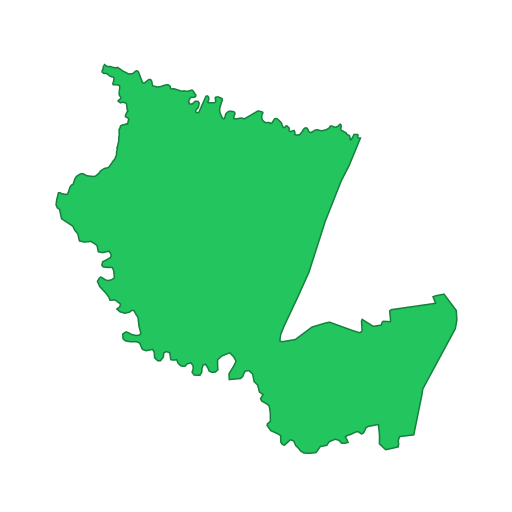 outline of Arbolito, Cerro Largo, Uruguay, rotated 174°
{"feature_id": "84410073B155313044366", "entity_name": "Arbolito", "entity_type": "district", "adm_level": 2, "iso_a3": "URY", "parent_name": "Uruguay", "parent_adm1": "Cerro Largo", "projection": "mercator", "projection_center": [-54.143, -32.623], "detail": "fine", "context": "isolated", "style": "filled", "palette": "green", "viewbox_px": 512, "rotation_deg": 174, "n_neighbors": 0, "source": "geoboundaries", "source_scale": "gbopen_adm2", "svg_char_len": 6105}
<svg xmlns="http://www.w3.org/2000/svg" viewBox="0 0 512 512"><g transform="rotate(174 256 256)"><path d="M139.8,362.4L141.2,362.4L142.3,363.5L142.3,364.1L141.9,365.5L142.2,366.2L145.7,366.7L149.0,361.9L149.5,361.6L150.0,361.8L150.3,362.2L150.1,363.3L150.4,365.8L153.1,367.7L153.3,368.6L153.7,369.3L154.3,369.7L155.2,369.9L156.0,370.9L158.0,372.0L158.4,373.1L158.4,373.8L157.7,375.8L157.9,377.8L158.4,378.3L159.1,378.1L160.3,376.8L163.2,375.7L164.5,376.0L165.6,376.7L167.8,377.6L168.7,377.3L169.7,375.8L172.8,374.3L176.9,373.7L177.8,373.8L180.5,374.5L181.5,375.2L182.9,375.2L184.1,375.0L188.2,373.1L189.1,373.1L190.2,373.9L190.9,375.1L191.2,376.6L191.8,377.7L192.7,378.2L193.7,378.2L194.7,377.8L196.6,375.7L196.7,375.0L198.2,373.9L198.8,373.1L200.3,371.9L201.8,372.1L203.4,372.0L204.8,372.9L204.4,374.3L204.5,375.6L205.0,376.9L208.9,376.1L210.1,377.3L209.6,379.7L211.7,382.3L213.0,382.0L213.5,381.2L214.0,380.8L215.2,380.9L216.4,383.3L216.6,385.0L217.4,386.6L220.2,389.9L221.7,390.7L223.1,390.5L226.3,386.6L226.9,386.2L227.9,386.2L228.0,387.0L229.0,387.4L232.8,387.7L234.8,389.7L235.7,391.4L235.8,393.7L235.3,396.1L234.6,396.8L234.2,397.6L234.2,398.1L235.1,398.8L237.9,399.8L239.1,400.0L252.7,393.8L253.7,393.8L255.4,394.6L257.1,394.8L260.8,394.4L262.7,394.6L263.8,395.0L263.2,397.6L262.2,399.2L262.0,400.3L262.4,401.2L263.4,402.0L266.7,402.8L268.6,402.5L271.2,400.5L272.8,396.3L273.4,395.9L274.0,395.9L274.9,396.6L275.8,399.0L276.7,401.6L277.0,404.7L276.4,407.3L273.9,413.3L273.4,413.8L273.2,415.8L273.7,416.4L276.3,417.9L277.7,418.3L279.6,418.1L280.1,417.5L279.8,414.1L280.9,412.9L282.0,412.7L287.6,413.5L288.1,414.1L287.0,415.4L286.6,416.6L286.5,418.8L287.2,420.0L288.1,420.4L289.1,420.0L297.8,404.9L298.6,404.6L300.1,404.9L300.8,405.4L301.0,405.9L300.3,407.6L297.8,409.8L296.5,414.0L297.4,415.8L300.2,416.3L302.5,414.7L302.7,414.3L303.1,414.0L305.6,413.9L306.4,414.4L306.7,415.1L306.4,415.4L307.0,416.6L305.6,419.0L304.9,420.0L303.8,420.6L302.2,420.3L300.0,420.5L299.1,421.4L299.0,422.7L299.9,423.7L300.3,424.3L300.3,425.0L301.9,427.5L303.4,427.7L305.5,427.1L307.7,427.0L310.3,427.8L312.5,427.6L320.3,431.0L322.5,430.9L323.2,431.2L323.7,433.8L324.7,434.9L325.8,435.7L328.4,435.5L333.6,434.4L336.5,434.4L340.0,435.7L341.0,436.1L341.5,440.9L342.4,442.6L344.3,442.6L349.0,439.7L349.8,439.8L350.7,440.3L353.6,451.1L354.1,452.1L354.9,452.5L355.6,452.7L356.8,452.2L359.0,450.6L360.1,450.2L363.1,450.3L364.3,450.7L366.4,452.3L367.3,452.7L369.2,454.0L373.7,457.9L375.1,458.0L375.7,457.7L379.3,458.8L381.3,459.8L382.8,459.7L384.6,460.3L386.6,462.2L388.0,460.3L388.6,457.8L389.7,456.3L389.8,455.0L388.5,453.6L385.3,453.0L382.5,450.2L380.9,449.3L379.4,449.0L378.6,447.9L379.4,444.6L380.4,442.4L380.1,441.2L377.6,441.0L375.5,440.5L373.9,439.6L373.9,437.8L375.0,432.8L375.2,430.7L374.8,429.5L373.9,428.2L373.9,427.2L374.5,426.5L377.0,424.7L376.9,424.2L375.5,423.3L374.9,422.5L373.0,422.8L371.3,422.5L369.5,421.6L369.1,421.1L368.7,419.0L368.9,417.4L368.6,416.6L369.0,415.7L368.2,413.6L369.3,412.6L371.2,409.3L371.3,408.8L371.2,408.1L368.8,406.5L368.5,405.8L368.5,404.5L369.0,403.7L369.8,400.8L370.1,400.6L371.0,401.0L372.5,400.5L373.7,400.5L375.3,400.2L376.7,399.8L377.5,398.8L377.7,397.8L378.7,396.5L379.2,394.8L378.9,393.9L379.4,392.2L379.1,391.5L380.1,388.3L380.5,384.7L382.5,378.9L383.0,378.5L383.0,377.9L382.7,377.6L382.9,376.6L383.9,373.7L384.2,371.0L386.3,367.2L388.2,365.4L389.8,363.4L393.0,359.8L394.3,359.2L397.2,359.0L399.8,357.9L402.0,356.6L403.4,354.9L407.1,352.3L409.0,352.0L414.7,353.2L416.4,353.8L419.5,356.0L422.0,356.0L426.2,354.0L428.2,351.4L430.4,346.5L432.5,345.6L434.1,343.3L436.0,338.9L437.4,337.1L439.2,337.2L441.5,338.0L443.0,338.2L443.5,339.0L444.7,339.5L445.9,339.5L448.4,332.5L449.5,327.8L448.6,324.7L446.5,322.9L445.5,313.4L435.0,304.7L433.6,300.6L430.9,296.6L430.0,289.4L425.4,287.8L418.5,287.7L413.0,283.2L412.4,276.7L408.3,275.4L401.5,276.1L399.8,272.2L400.8,269.8L405.6,267.6L409.0,266.4L410.3,263.0L409.2,261.2L404.8,260.1L400.2,259.7L399.1,256.5L399.1,249.2L401.9,247.5L405.9,247.0L408.3,248.0L410.6,250.0L412.6,251.3L414.2,250.3L416.4,247.4L414.6,241.9L409.2,234.8L406.6,230.4L405.9,227.3L400.7,227.0L395.8,222.4L396.7,219.8L399.9,217.8L397.1,214.7L392.4,212.8L387.7,213.4L385.1,214.9L383.0,214.4L381.7,210.9L379.8,207.3L379.7,198.3L378.6,191.0L380.2,189.5L383.6,189.5L387.2,190.6L391.4,193.3L393.2,194.1L395.2,193.2L396.7,192.2L396.9,187.6L394.6,185.2L390.1,183.9L384.0,183.3L380.8,181.6L378.7,175.0L375.2,173.3L368.7,173.9L367.3,171.2L367.5,165.4L364.7,162.1L362.0,161.8L358.7,165.1L357.8,169.4L355.1,170.3L351.9,168.7L351.6,161.8L348.5,161.0L345.8,161.2L344.5,157.1L341.9,154.4L338.1,153.8L335.5,156.0L331.9,156.6L330.0,153.3L330.4,149.9L331.7,147.1L330.0,144.1L324.3,143.2L322.1,146.1L321.5,149.8L320.0,153.1L317.5,153.6L315.5,149.6L314.5,146.3L311.5,144.8L308.7,144.8L305.8,146.8L305.6,151.7L305.0,156.8L300.7,160.0L296.3,161.4L292.2,162.4L288.8,158.2L286.8,153.5L289.2,149.5L295.2,141.6L295.5,135.9L284.2,135.8L281.8,137.5L280.2,140.7L278.7,142.6L275.1,142.8L271.7,139.1L271.0,131.2L267.8,127.5L266.8,120.3L263.5,117.5L266.4,113.6L265.5,111.2L260.4,107.5L258.5,105.2L258.2,98.5L259.0,90.1L262.1,88.0L262.7,86.4L259.6,80.8L253.4,77.2L250.3,74.9L250.8,68.3L249.7,66.1L247.6,64.8L241.0,69.6L237.8,68.2L236.3,63.3L234.0,60.6L232.0,57.4L229.0,55.1L223.9,54.2L216.9,54.2L211.9,59.8L205.4,60.3L202.7,63.6L196.4,65.5L192.7,64.0L190.5,60.9L187.3,60.5L183.9,61.0L185.0,64.6L186.1,66.8L183.7,68.0L180.2,68.7L175.7,70.4L172.9,70.7L169.7,68.0L167.7,68.7L166.0,71.1L164.7,73.6L161.9,74.8L151.9,75.6L151.9,64.8L152.9,56.3L147.3,49.8L138.2,50.8L134.5,51.3L133.8,53.9L133.8,57.7L132.0,61.4L117.8,61.6L105.5,100.6L104.0,106.4L65.4,162.8L62.9,171.3L62.5,180.8L73.0,198.4L80.9,197.7L84.2,197.0L82.3,190.2L127.0,188.5L128.8,187.4L128.9,177.9L129.3,176.6L136.2,177.8L137.3,177.1L138.7,174.2L146.8,173.8L157.1,181.9L157.9,180.2L158.3,170.3L160.8,168.8L167.8,171.8L189.8,182.5L193.8,182.1L207.7,179.5L225.7,168.8L239.2,168.0L241.2,169.1L239.6,175.5L235.0,184.0L218.8,210.7L205.1,234.2L183.5,283.3L163.3,321.9L153.9,336.3L139.8,362.4Z" fill="#22c55e" stroke="#15803d" stroke-width="1.5"/></g></svg>